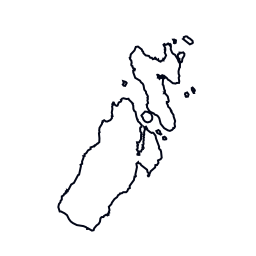 the district of Alor, Nusa Tenggara Timur, Indonesia, rotated 131°
{"feature_id": "22746128B1117135414899", "entity_name": "Alor", "entity_type": "district", "adm_level": 2, "iso_a3": "IDN", "parent_name": "Indonesia", "parent_adm1": "Nusa Tenggara Timur", "projection": "equal_earth", "projection_center": [124.34, -8.333], "detail": "fine", "context": "isolated", "style": "outline", "palette": "ink", "viewbox_px": 256, "rotation_deg": 131, "n_neighbors": 0, "source": "geoboundaries", "source_scale": "gbopen_adm2", "svg_char_len": 5858}
<svg xmlns="http://www.w3.org/2000/svg" viewBox="0 0 256 256"><g transform="rotate(131 128 128)"><path d="M145.8,82.5L139.9,81.7L138.0,83.0L136.9,81.8L134.3,82.2L132.8,84.1L130.2,82.9L128.3,83.1L124.1,87.6L123.2,89.2L123.4,90.1L122.8,91.6L121.7,92.2L117.5,100.0L115.8,102.1L115.1,105.3L115.2,106.2L116.2,106.9L116.6,108.8L116.8,116.1L117.9,114.3L120.5,113.2L122.3,111.5L123.1,111.7L123.4,110.9L124.4,110.8L124.7,109.7L126.0,109.3L126.7,108.2L128.2,107.5L129.7,105.9L130.9,105.4L131.4,105.8L132.6,103.4L133.3,104.2L134.2,102.9L135.1,103.4L137.3,102.7L138.4,104.2L139.7,103.8L139.9,102.6L140.8,101.8L141.9,103.0L142.4,102.7L141.6,103.8L140.1,103.9L138.8,105.0L138.9,106.1L138.4,107.3L137.7,107.1L136.6,107.6L135.5,109.2L134.9,108.9L134.0,109.4L133.9,110.5L132.9,111.8L131.6,110.2L128.0,110.8L124.0,114.1L123.4,113.9L122.8,114.6L122.6,116.4L120.2,118.7L119.5,119.0L118.1,118.6L116.9,119.7L116.3,122.8L116.4,124.6L115.6,126.4L115.2,126.4L115.2,127.1L113.8,129.3L110.9,132.9L111.0,134.6L110.1,136.4L107.6,138.8L106.7,140.7L106.3,140.6L106.0,145.9L105.6,146.8L107.1,148.1L108.5,150.9L109.7,151.7L111.4,151.8L111.6,151.0L112.7,150.7L114.8,151.7L117.9,150.6L118.6,150.9L119.1,152.3L119.0,153.6L118.1,155.4L118.4,155.9L120.3,155.5L120.3,154.5L122.1,154.2L123.8,152.3L127.0,150.4L129.2,147.5L129.7,148.0L131.1,146.6L133.6,146.5L136.7,147.9L137.6,149.1L137.8,151.1L139.6,151.7L140.1,150.9L140.9,151.1L141.8,150.4L146.6,149.6L148.8,148.1L149.9,146.6L150.9,146.6L154.5,142.8L157.5,140.4L159.4,140.6L159.3,140.0L159.8,140.9L163.7,141.4L163.5,141.8L164.5,141.9L167.2,143.5L168.4,142.4L171.1,143.5L174.3,143.0L176.3,143.6L177.5,142.4L178.5,143.2L178.7,142.6L180.1,141.9L183.4,140.7L185.1,139.1L186.9,139.7L187.5,138.6L195.3,134.3L196.3,134.8L204.8,132.8L208.0,133.8L213.2,132.5L214.5,132.5L214.7,133.1L215.3,132.2L216.0,133.0L216.6,132.4L216.9,133.0L217.6,132.3L218.1,132.7L218.7,132.3L220.0,132.9L221.1,132.4L223.0,133.1L225.5,131.0L227.1,131.1L228.4,130.3L230.7,130.2L233.4,128.7L235.8,124.8L235.0,123.9L234.0,120.0L233.8,116.8L235.5,112.8L236.1,109.9L235.9,107.2L234.8,102.9L231.3,97.3L230.4,94.7L230.4,93.1L231.0,92.6L230.4,92.0L229.9,92.2L229.1,87.9L227.7,86.9L225.9,87.7L222.3,87.8L219.6,87.2L217.1,87.7L214.3,89.5L212.6,89.5L211.3,88.1L210.1,88.4L207.7,87.6L207.5,86.2L206.3,85.7L205.6,87.0L204.3,86.6L203.9,87.4L202.1,88.1L200.0,90.8L196.4,90.6L194.8,91.2L190.5,91.6L187.3,90.9L185.1,91.4L183.5,90.8L182.7,91.1L181.2,89.8L179.6,89.5L177.7,87.3L176.2,87.1L173.7,87.9L172.2,87.2L170.5,88.8L163.4,89.4L160.4,91.2L159.9,90.5L159.1,90.5L158.3,91.9L151.6,95.6L149.5,98.2L147.2,97.9L147.7,97.2L146.8,95.3L147.4,93.7L147.0,86.2L148.4,84.4L148.7,82.3L148.2,81.7L145.8,82.5ZM98.3,129.2L98.6,128.3L99.8,127.3L101.2,123.1L101.0,121.1L100.1,118.1L100.4,116.9L99.5,114.5L99.5,112.9L100.2,110.7L103.4,106.1L104.4,100.6L103.6,96.4L102.7,94.5L100.6,93.5L98.6,93.4L98.2,93.8L97.6,93.1L96.0,93.5L94.3,95.7L91.8,97.0L89.4,101.1L88.3,102.2L87.4,105.8L87.0,106.7L86.6,106.5L85.6,109.6L85.6,111.6L84.3,113.5L84.0,114.8L82.9,115.8L82.0,114.7L80.9,114.9L78.1,118.7L77.5,122.8L77.9,123.3L77.3,123.3L77.2,124.1L76.7,123.7L75.4,124.8L75.4,125.6L72.6,129.2L72.5,130.3L68.1,133.6L67.7,134.2L68.5,136.1L68.2,136.5L68.8,137.0L69.4,136.4L70.2,136.5L69.8,137.4L70.4,138.5L69.5,138.9L68.9,140.2L68.6,139.7L68.2,140.2L68.0,139.9L68.0,137.6L65.7,136.8L65.5,134.8L66.7,134.2L66.6,133.2L65.1,132.7L65.1,133.2L64.9,133.5L64.8,131.6L65.3,129.4L64.9,127.9L64.8,123.6L63.2,121.2L62.0,120.8L60.5,119.1L59.1,120.0L56.8,122.7L55.0,123.3L53.9,125.3L52.0,127.1L49.1,128.6L48.2,128.6L45.3,131.0L44.7,133.4L43.5,135.5L41.9,140.6L42.4,142.7L42.2,144.2L40.5,147.5L38.4,149.0L37.0,150.5L37.0,151.0L37.4,150.9L37.7,152.2L38.1,151.7L37.9,153.0L39.4,153.6L40.0,152.8L39.7,153.6L40.6,154.2L40.8,155.7L41.9,155.8L43.2,152.4L44.2,151.4L44.6,151.8L45.0,151.4L45.4,150.5L46.9,149.9L48.2,146.9L51.4,146.0L52.4,146.0L52.5,146.5L53.4,145.8L53.5,146.4L54.2,146.0L55.4,147.0L56.5,146.9L57.1,148.5L57.1,149.3L56.4,150.2L57.2,150.4L57.7,152.2L57.2,152.5L57.1,153.7L57.6,153.8L58.0,153.2L59.8,154.4L59.4,156.1L60.4,157.3L59.9,159.5L61.6,162.3L61.4,165.4L60.4,166.8L60.6,167.6L59.7,169.1L60.0,173.9L61.7,175.3L65.2,174.0L70.6,174.2L73.5,172.4L73.9,172.7L74.6,171.8L75.0,169.7L76.5,167.9L77.6,167.5L78.5,166.5L78.4,165.1L78.9,164.8L79.5,163.4L78.9,161.7L79.1,161.3L80.1,160.9L80.5,161.9L81.3,161.8L82.7,160.3L84.7,156.7L85.4,155.5L84.4,150.0L85.0,148.1L84.9,146.0L85.6,144.3L88.4,140.8L88.8,138.3L89.9,137.1L90.8,134.3L91.5,133.3L92.5,133.2L93.0,132.0L94.3,131.6L96.0,129.2L98.3,129.2ZM108.6,115.4L105.8,115.4L103.7,116.9L102.1,119.8L103.1,124.1L103.5,124.5L103.8,124.0L103.5,124.5L104.4,125.9L109.7,126.1L110.3,124.8L110.3,123.9L111.5,122.0L111.9,119.7L111.5,118.1L110.8,116.8L108.6,115.4ZM43.7,131.4L43.2,130.8L42.3,130.9L40.1,132.4L36.5,133.0L35.0,134.1L34.7,135.9L36.0,136.8L37.3,138.6L38.1,137.9L39.7,138.6L41.4,137.3L42.4,135.5L42.0,134.6L43.7,133.0L43.7,131.4ZM24.7,144.8L24.3,136.2L21.8,135.0L21.1,135.0L19.9,136.5L19.9,139.8L20.4,142.0L20.1,143.1L20.8,144.4L22.8,145.5L24.0,144.6L24.7,144.8ZM112.5,102.5L111.5,99.0L110.8,98.9L110.8,99.8L109.5,101.8L109.6,103.7L111.7,104.6L112.5,102.5ZM98.1,157.8L94.9,158.5L94.7,159.9L95.8,162.4L97.0,160.5L98.6,160.5L98.9,159.1L98.1,157.8ZM64.3,107.6L65.3,107.0L65.6,105.6L66.2,105.4L66.4,104.6L65.0,103.4L62.9,104.3L62.4,106.7L64.3,107.6ZM57.3,104.8L58.5,101.4L58.3,101.2L57.3,103.5L56.6,101.9L55.9,102.1L55.4,103.0L55.1,105.8L56.0,106.1L57.3,104.8ZM112.1,95.5L113.4,94.0L112.7,92.8L111.4,91.8L110.9,92.1L110.5,93.2L110.6,94.7L112.1,95.5ZM33.7,149.1L33.4,148.3L32.4,147.9L30.4,149.3L30.9,151.1L31.7,151.9L32.3,150.2L33.7,149.1ZM66.4,134.8L66.0,135.5L66.1,136.7L66.8,137.0L67.3,135.3L66.4,134.8ZM116.0,115.6L116.4,114.2L115.8,113.7L115.2,115.3L116.0,115.6ZM150.9,80.7L149.5,81.0L149.3,81.4L149.9,81.9L151.0,81.7L151.2,81.1L150.9,80.7Z" fill="none" stroke="#020617" stroke-width="2"/></g></svg>